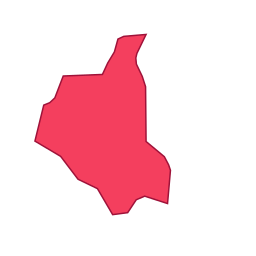 the border of Starše, rotated 47°
{"feature_id": "SVN-996", "entity_name": "Starše", "entity_type": "Statistical Region", "adm_level": 1, "iso_a3": "SVN", "parent_name": "Slovenia", "parent_adm1": "", "projection": "natural_earth1", "projection_center": [15.758, 46.466], "detail": "fine", "context": "isolated", "style": "filled", "palette": "rose", "viewbox_px": 256, "rotation_deg": 47, "n_neighbors": 0, "source": "natural_earth", "source_scale": "10m", "svg_char_len": 492}
<svg xmlns="http://www.w3.org/2000/svg" viewBox="0 0 256 256"><g transform="rotate(47 128 128)"><path d="M71.9,51.0L79.5,70.6L82.1,74.5L87.0,78.3L100.0,82.4L109.8,87.0L150.2,124.0L173.8,121.0L182.6,123.4L187.9,125.8L210.2,150.6L189.2,162.3L186.1,170.9L189.7,186.0L180.9,198.3L151.5,191.7L131.4,199.5L102.8,196.6L74.1,205.0L53.8,174.0L56.1,168.0L56.1,161.0L45.8,139.9L71.4,110.2L66.6,98.4L63.1,86.1L56.1,74.7L58.1,68.6L71.9,51.0Z" fill="#f43f5e" stroke="#9f1239" stroke-width="1.5"/></g></svg>